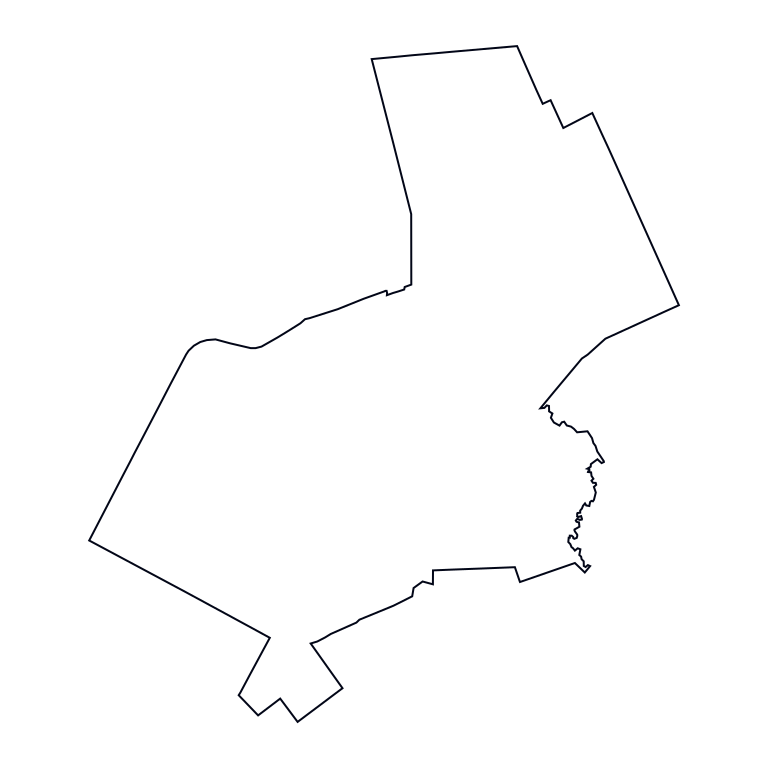 Putineiu, Teleorman, Romania (orthographic projection)
{"feature_id": "2599482B88222276928350", "entity_name": "Putineiu", "entity_type": "district", "adm_level": 2, "iso_a3": "ROU", "parent_name": "Romania", "parent_adm1": "Teleorman", "projection": "orthographic", "projection_center": [24.984, 43.91], "detail": "fine", "context": "isolated", "style": "outline", "palette": "ink", "viewbox_px": 768, "rotation_deg": 0, "n_neighbors": 0, "source": "geoboundaries", "source_scale": "gbopen_adm2", "svg_char_len": 2445}
<svg xmlns="http://www.w3.org/2000/svg" viewBox="0 0 768 768"><path d="M342.5,688.2L338.5,682.6L329.3,669.7L310.7,643.5L317.3,641.5L325.2,637.4L330.7,634.0L356.4,622.6L359.4,619.7L393.5,605.7L412.2,596.3L413.6,588.0L422.6,581.5L432.9,584.3L433.0,570.4L452.2,569.6L482.0,568.5L514.9,567.2L519.6,581.0L520.0,582.0L574.9,563.0L584.8,572.5L590.1,566.1L587.9,565.1L585.6,567.0L583.8,566.0L583.7,561.3L581.6,559.2L581.1,556.6L579.3,555.0L580.4,549.3L577.7,548.3L574.9,550.6L573.0,548.2L571.5,547.1L570.3,544.1L568.3,542.0L568.7,537.7L569.8,537.7L569.8,535.7L571.7,535.7L573.2,537.0L573.3,538.2L574.3,538.8L576.7,537.9L577.3,535.9L577.2,534.6L574.9,531.4L574.4,530.0L574.6,529.4L576.3,528.5L579.4,526.7L579.0,522.4L577.1,522.0L576.4,521.6L575.8,520.5L577.1,519.0L578.0,519.1L579.7,519.9L581.8,519.6L582.0,519.0L581.1,516.1L578.0,517.1L577.1,516.4L577.3,515.2L577.1,514.0L577.5,513.0L580.2,512.7L580.2,510.6L581.9,508.6L583.0,505.8L585.0,503.4L586.3,505.5L589.3,506.0L590.1,502.0L591.4,500.9L592.9,501.3L594.0,499.7L595.8,492.5L593.9,486.9L596.2,484.8L595.7,482.9L592.9,482.8L591.5,480.7L593.4,478.8L591.5,475.9L591.1,472.4L588.0,472.0L588.2,471.3L589.4,470.8L589.3,469.2L587.3,468.7L590.7,466.7L590.9,464.1L597.4,459.3L601.6,463.1L603.9,462.0L603.8,461.2L597.3,451.5L595.5,445.9L593.4,443.1L592.0,438.1L587.5,431.3L577.1,432.3L574.0,428.9L571.0,426.6L566.8,425.5L564.2,421.7L561.9,422.3L559.5,425.6L553.9,422.5L550.9,417.8L552.4,413.5L549.1,411.4L549.0,406.0L546.8,405.4L544.4,407.9L540.4,408.3L553.7,392.2L581.9,358.5L587.7,354.6L605.4,338.7L663.2,312.3L678.9,305.2L675.4,297.4L670.4,286.2L638.4,214.9L614.2,160.9L608.2,147.6L601.8,133.8L592.3,113.0L563.3,128.0L550.6,100.2L542.7,103.8L536.3,89.8L534.9,86.6L524.8,63.7L517.1,46.1L451.5,51.8L435.0,53.3L412.8,55.2L397.5,56.7L371.7,59.1L393.1,142.5L411.2,214.1L411.3,284.6L404.7,287.0L404.2,289.5L398.1,291.5L393.0,293.0L386.9,295.2L387.1,293.1L386.6,290.9L385.3,290.9L384.3,291.4L363.6,298.8L337.7,309.2L309.4,318.2L305.0,319.2L300.4,323.3L288.3,330.9L277.5,337.5L261.5,346.6L255.7,348.1L250.6,348.1L230.0,343.3L215.5,339.4L206.8,340.1L200.3,342.0L193.9,345.7L188.6,350.7L186.1,354.5L172.7,379.9L171.1,382.9L159.8,404.7L142.8,437.3L134.6,452.9L130.1,461.7L123.3,474.7L89.2,540.5L186.1,592.3L245.8,624.7L269.8,637.8L264.5,647.6L250.0,674.5L240.3,692.7L238.7,695.2L240.9,697.5L258.1,715.4L280.2,698.6L297.6,721.9L308.8,713.5L334.5,694.2L342.5,688.2Z" fill="none" stroke="#020617" stroke-width="2"/></svg>